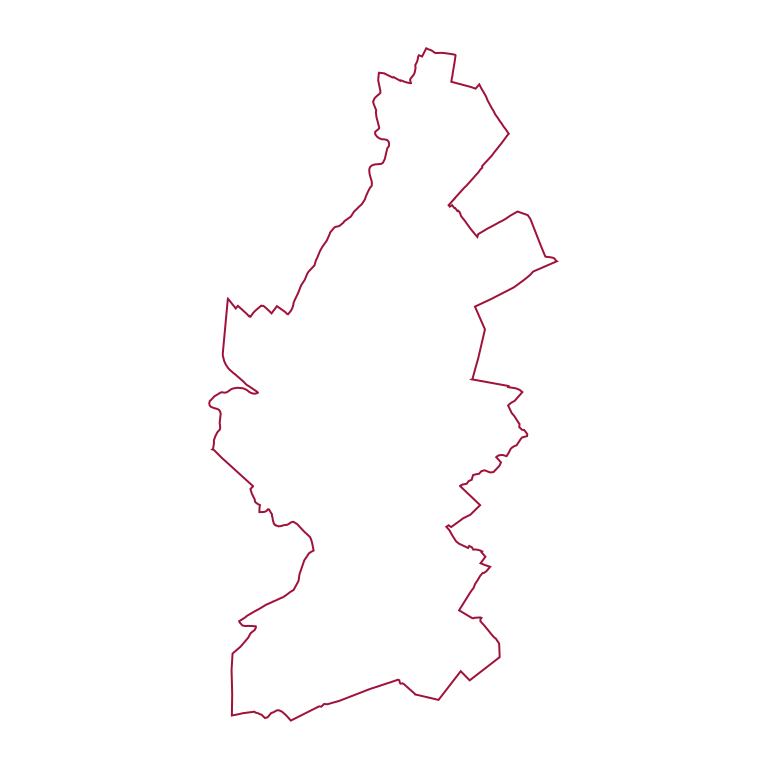 the district of Targoviste, Dâmbovita, Romania, rotated 269°
{"feature_id": "2599482B69796081366270", "entity_name": "Targoviste", "entity_type": "district", "adm_level": 2, "iso_a3": "ROU", "parent_name": "Romania", "parent_adm1": "Dâmbovita", "projection": "orthographic", "projection_center": [25.462, 44.919], "detail": "fine", "context": "isolated", "style": "outline", "palette": "rose", "viewbox_px": 768, "rotation_deg": 269, "n_neighbors": 0, "source": "geoboundaries", "source_scale": "gbopen_adm2", "svg_char_len": 6105}
<svg xmlns="http://www.w3.org/2000/svg" viewBox="0 0 768 768"><g transform="rotate(269 384 384)"><path d="M695.3,384.4L692.8,384.0L687.7,383.5L677.1,385.5L675.0,385.4L673.7,384.0L672.6,382.5L670.1,379.7L666.5,378.0L663.8,378.7L657.8,381.0L655.9,380.6L650.5,381.2L646.7,382.2L640.3,383.7L639.3,383.3L636.2,379.5L633.8,379.6L631.6,381.2L629.8,383.4L628.7,386.2L628.6,388.7L627.8,391.6L625.7,393.1L623.3,393.3L621.5,392.9L619.8,391.5L614.2,390.0L609.1,388.8L605.2,386.8L604.1,384.9L603.7,378.8L602.8,375.8L601.2,373.9L598.8,373.0L595.4,373.1L592.7,373.6L586.9,375.2L584.5,375.4L582.3,375.1L580.5,373.5L578.1,372.1L571.6,369.0L569.0,368.2L564.2,365.0L561.5,361.9L556.8,357.0L551.9,353.7L547.9,347.8L547.3,347.0L546.2,346.4L542.7,342.0L542.0,338.5L541.3,337.0L536.3,332.7L534.9,332.3L528.4,329.3L522.3,324.8L518.2,322.4L510.4,319.0L509.2,318.2L503.9,316.6L497.5,310.4L495.8,309.3L489.6,306.6L484.0,302.8L476.4,299.7L469.5,296.2L466.8,295.0L464.5,294.7L461.4,293.6L459.1,292.4L455.4,289.3L455.8,288.3L457.7,286.5L463.7,278.3L456.6,272.8L458.7,270.8L462.8,266.5L464.2,264.8L464.2,263.1L464.5,262.6L459.0,256.0L457.3,254.4L453.7,251.8L454.4,250.9L453.9,250.4L457.2,247.3L464.7,239.3L462.1,237.1L472.0,229.5L471.5,229.3L418.8,223.5L417.0,223.3L414.9,223.4L409.8,224.6L406.9,225.8L405.3,226.7L403.0,228.2L401.1,229.8L397.6,233.6L396.0,235.6L388.7,243.7L385.8,246.3L383.2,250.3L378.4,257.1L377.5,257.7L376.9,256.4L376.6,254.9L376.7,253.0L377.2,251.3L378.2,249.4L380.2,247.0L381.7,244.2L382.2,242.6L382.8,237.5L382.6,235.7L382.1,232.8L381.5,231.2L379.0,227.6L378.4,226.4L378.1,224.6L378.6,221.4L377.9,219.8L374.5,214.0L371.1,210.8L370.2,209.6L368.1,209.0L367.1,209.0L365.5,209.4L364.1,210.7L362.9,213.7L362.1,216.4L361.6,217.6L360.8,218.8L359.0,219.8L357.1,220.2L347.9,219.0L345.8,219.3L343.0,219.4L341.4,219.1L338.6,216.5L334.6,214.4L330.6,212.9L327.9,213.0L323.0,212.1L321.9,211.7L321.6,211.3L321.2,212.6L312.7,220.8L309.4,224.4L284.1,251.3L283.7,251.1L281.5,248.7L281.1,248.7L276.8,249.9L270.6,252.8L268.9,252.9L268.3,253.2L267.8,253.6L265.9,256.2L265.2,257.8L261.6,257.3L258.1,257.2L258.1,260.9L258.3,262.6L259.2,264.4L259.9,265.2L260.3,265.3L260.7,265.6L260.7,266.5L260.4,267.0L256.8,268.9L256.2,269.5L255.1,269.7L253.8,269.7L253.1,270.1L249.8,270.5L246.5,271.4L245.4,272.1L245.0,272.5L245.1,273.1L244.3,273.6L243.9,275.2L243.5,276.1L243.8,278.9L244.4,280.5L244.7,282.1L244.9,284.6L245.9,286.7L246.9,287.8L247.7,290.0L247.8,291.0L245.5,294.7L237.6,301.8L232.4,307.3L229.6,308.5L225.6,309.5L218.7,310.7L217.5,308.3L216.0,306.0L209.1,301.2L195.3,296.2L188.6,295.1L179.6,290.0L177.8,286.8L175.0,283.0L172.4,279.1L172.1,277.9L168.6,270.0L168.5,269.3L167.7,267.9L165.3,262.1L161.4,255.5L158.9,250.6L154.5,242.8L153.3,241.5L152.6,240.4L150.9,237.7L149.5,235.1L148.5,235.3L145.1,238.1L144.4,241.0L144.5,244.7L144.0,251.5L142.8,251.7L140.3,250.4L137.2,246.3L132.6,243.7L126.7,238.5L123.8,235.9L117.2,227.9L101.0,226.6L76.4,226.8L55.2,226.1L56.4,233.0L57.3,237.1L58.6,248.7L57.7,249.8L57.1,252.1L55.9,254.4L55.4,256.0L54.1,257.1L52.1,259.2L52.8,261.8L57.0,265.5L57.7,267.7L59.6,271.3L59.6,273.2L58.1,276.4L54.2,280.6L49.1,285.0L62.8,313.4L62.5,315.7L65.1,318.5L64.8,321.8L68.0,333.9L79.3,364.6L85.9,386.1L88.1,392.8L87.6,394.1L85.1,394.6L84.1,395.3L84.4,397.3L83.6,398.6L73.6,409.5L73.1,409.6L67.2,433.0L95.5,455.7L86.2,464.5L108.9,494.9L122.5,494.6L127.7,491.2L128.9,489.5L132.5,486.5L134.8,484.8L141.7,479.3L142.9,478.1L145.3,476.2L147.5,476.5L148.4,477.3L148.9,476.2L148.7,470.6L148.2,469.4L148.3,468.2L156.4,455.1L175.3,467.4L178.5,470.0L182.5,471.6L186.2,474.2L190.2,476.6L193.2,479.2L193.4,480.7L195.0,483.1L199.4,486.9L201.2,481.8L203.1,477.4L209.5,482.4L214.2,478.5L214.9,479.2L215.9,477.2L216.9,473.3L216.9,470.3L219.1,469.1L220.6,466.4L218.6,465.2L223.1,456.1L225.6,453.2L230.8,450.0L236.7,446.8L240.1,443.9L241.6,446.1L239.8,448.6L243.5,454.0L248.4,460.9L251.8,468.1L261.2,478.0L280.6,458.3L280.9,458.3L282.2,461.1L282.8,464.9L285.5,467.0L286.7,470.0L289.0,470.7L291.4,471.5L292.1,474.3L292.6,477.5L295.1,479.8L296.0,483.0L293.7,488.6L294.0,491.9L300.2,498.0L303.6,499.6L308.9,494.9L309.5,495.5L310.7,497.7L311.0,501.3L309.7,505.3L313.4,507.7L316.9,509.5L318.3,511.0L319.6,513.2L320.4,515.5L326.5,519.7L328.1,521.0L329.4,526.1L331.4,526.4L335.5,523.4L335.9,521.1L338.5,518.5L341.7,518.8L343.0,517.8L350.0,513.5L352.7,511.2L360.4,507.7L362.7,510.3L364.9,514.4L373.5,522.2L375.8,519.5L377.4,515.6L378.7,508.2L379.2,508.5L379.8,508.6L387.1,472.1L387.3,472.5L398.7,475.8L407.5,478.5L436.8,485.9L459.8,476.3L466.8,492.0L478.4,515.6L486.2,526.6L490.6,532.1L493.9,535.2L503.7,559.0L504.5,558.0L506.7,556.4L506.8,556.1L507.4,554.7L507.8,552.6L508.1,550.7L508.3,548.5L508.6,547.6L508.9,547.4L519.9,543.1L545.2,533.7L546.6,533.1L549.4,531.3L550.2,530.8L550.4,530.5L554.1,520.5L550.0,513.0L546.9,508.3L545.2,505.2L544.4,503.6L543.7,502.0L540.9,496.8L537.5,490.0L532.2,480.8L529.4,479.9L532.0,477.7L538.0,473.0L546.1,467.4L550.5,464.0L553.1,463.2L554.7,462.5L556.1,461.0L555.7,460.4L558.7,458.2L558.7,457.4L561.6,455.2L560.2,452.9L561.7,451.7L563.8,453.8L567.3,456.9L567.2,457.0L568.6,458.3L568.7,458.2L569.4,458.8L579.2,468.0L580.4,469.5L594.4,482.4L596.9,484.2L598.5,486.0L600.1,485.9L610.7,496.0L612.4,497.2L622.8,505.8L631.4,512.4L632.0,513.1L635.0,511.1L636.9,509.9L638.3,508.8L640.6,507.2L642.3,506.3L643.1,505.6L646.0,503.6L647.5,502.8L651.5,500.0L656.0,497.8L657.3,496.9L665.4,492.7L667.0,492.0L669.4,491.2L674.7,488.3L677.4,486.7L681.9,484.5L677.7,480.7L679.5,475.9L685.0,456.6L686.6,456.9L688.8,457.2L691.3,457.9L692.9,458.0L704.0,460.1L711.4,461.3L711.9,460.8L712.1,460.3L713.1,454.8L714.0,449.0L714.1,446.0L714.0,441.4L714.6,440.1L716.2,438.1L716.5,437.5L717.1,436.4L717.8,434.4L718.9,432.1L710.8,427.8L712.1,424.7L711.0,424.0L710.0,423.7L708.4,423.5L706.7,423.0L705.5,422.6L702.4,420.9L701.4,420.8L700.1,421.1L699.0,421.0L694.8,420.1L692.7,419.1L688.9,415.9L688.2,415.6L687.4,415.4L684.4,416.2L684.3,415.6L685.0,412.4L686.0,409.4L686.9,407.3L687.4,405.8L687.3,405.2L687.1,405.2L690.7,398.9L690.3,398.5L690.3,398.0L694.3,390.1L694.6,389.8L695.3,384.4Z" fill="none" stroke="#9f1239" stroke-width="2"/></g></svg>